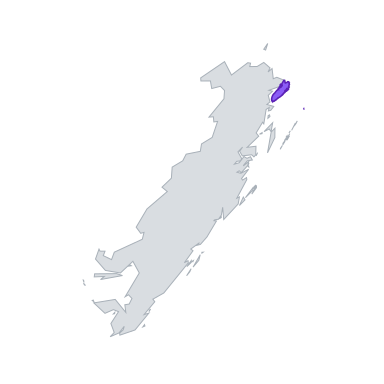 Murmansk on a map of Russia (Robinson projection), rotated 122°
{"feature_id": "RUS-2333", "entity_name": "Murmansk", "entity_type": "Region", "adm_level": 1, "iso_a3": "RUS", "parent_name": "Russia", "parent_adm1": "", "projection": "robinson", "projection_center": [34.347, 73.115], "detail": "fine", "context": "in_parent", "style": "filled", "palette": "violet", "viewbox_px": 384, "rotation_deg": 122, "n_neighbors": 0, "source": "natural_earth", "source_scale": "10m", "svg_char_len": 7414}
<svg xmlns="http://www.w3.org/2000/svg" viewBox="0 0 384 384"><g transform="rotate(122 192 192)"><path d="M300.0,238.3L289.7,240.6L290.9,238.7L288.3,234.4L293.0,233.5L292.0,224.4L284.2,226.0L258.4,209.1L251.7,211.3L254.2,213.6L251.4,220.7L230.2,221.2L204.7,213.2L203.8,220.0L191.2,216.8L181.4,222.0L170.5,216.4L163.0,217.0L153.1,206.5L146.2,209.4L135.0,203.8L118.6,207.7L121.0,210.6L116.9,213.7L119.5,217.3L96.0,214.3L88.7,218.2L87.3,223.9L93.8,230.1L88.1,235.2L93.1,243.3L90.6,245.1L64.2,233.5L71.9,220.5L52.8,213.2L51.7,210.6L55.0,209.5L51.1,203.3L44.1,199.8L45.4,191.6L49.9,191.1L44.9,189.5L52.9,183.1L49.8,180.9L48.3,172.6L50.2,170.6L47.3,167.5L54.2,164.7L71.6,170.5L67.3,174.7L59.0,173.5L55.9,172.1L53.9,171.9L65.0,180.7L63.8,177.1L69.6,178.6L74.3,173.6L78.1,174.9L76.1,168.0L81.0,168.5L82.8,170.2L79.4,171.3L82.7,172.9L96.2,167.2L95.4,169.1L107.9,168.9L109.3,165.0L124.9,168.9L119.3,162.0L126.8,157.6L129.4,158.1L128.8,161.1L134.7,168.5L132.2,173.2L127.1,172.9L133.6,174.3L137.3,167.6L139.8,167.3L142.3,170.3L145.9,170.8L142.2,167.5L134.4,166.7L134.3,163.2L131.1,161.1L132.9,157.8L136.2,161.6L141.4,162.4L142.7,162.3L136.1,160.0L140.2,158.8L149.5,160.5L149.0,163.2L151.4,164.4L150.3,160.5L142.7,156.0L154.4,157.1L155.1,155.4L150.9,153.4L152.4,152.1L173.5,150.7L171.0,149.2L177.7,146.5L198.5,150.5L188.7,157.9L195.9,154.9L201.1,155.1L203.3,157.8L204.0,158.2L204.7,158.2L203.6,155.9L222.3,155.5L232.0,157.1L234.6,159.6L231.0,158.8L241.0,162.8L241.3,160.0L256.0,161.0L252.3,159.0L254.0,157.6L292.6,162.4L303.6,168.4L304.8,165.4L321.4,167.7L317.5,164.4L339.2,167.2L351.6,177.3L350.0,178.6L345.3,177.3L341.8,178.3L350.2,179.2L358.1,184.7L352.4,183.5L346.5,191.1L332.4,190.9L333.4,196.3L341.0,201.5L338.1,216.5L323.8,200.2L329.2,184.3L323.2,189.2L320.3,185.9L314.1,186.5L312.8,191.4L316.2,193.2L288.6,193.8L282.1,205.4L298.6,209.8L304.4,223.9L300.0,238.3ZM118.8,148.7L99.3,156.6L93.9,155.5L101.9,150.6L118.8,148.7ZM299.7,206.7L314.7,223.2L310.1,221.6L315.8,229.9L313.0,231.2L301.2,212.7L299.7,206.7ZM90.5,160.3L99.0,156.9L97.6,159.9L102.6,162.9L90.5,160.3ZM240.8,151.8L246.4,150.0L255.1,151.3L240.8,151.8ZM158.3,141.3L168.5,143.7L156.2,142.6L158.3,141.3ZM154.2,139.6L162.1,140.2L152.3,140.8L154.2,139.6ZM170.6,142.9L178.3,144.6L169.1,145.8L170.6,142.9ZM257.5,152.1L260.9,151.6L265.9,152.2L257.5,152.1ZM25.9,206.5L32.6,204.8L32.9,206.8L25.9,206.5ZM82.8,140.5L86.9,140.2L78.8,140.9L82.8,140.5ZM252.0,155.3L258.0,156.8L250.5,156.3L252.0,155.3ZM89.3,166.7L86.8,167.9L85.5,167.1L86.7,165.9L89.3,166.7ZM90.7,140.0L94.5,139.7L96.6,140.0L90.7,140.0ZM103.9,140.0L102.4,140.7L99.4,140.4L99.9,140.0L103.9,140.0ZM107.8,140.1L104.5,140.0L109.1,139.8L107.8,140.1ZM105.4,163.5L107.2,165.4L104.5,164.0L105.4,163.5ZM156.7,141.6L154.3,142.1L152.1,141.5L156.7,141.6ZM92.7,139.1L97.7,138.9L96.0,139.4L92.7,139.1ZM332.5,162.2L329.6,162.0L330.6,160.9L332.5,162.2ZM78.9,140.1L82.0,140.3L75.9,140.4L78.9,140.1ZM126.8,156.9L123.8,157.2L126.8,156.8L126.8,156.9ZM198.2,153.6L200.3,154.7L197.5,154.1L198.2,153.6ZM316.3,165.0L314.8,165.5L313.2,165.1L316.3,165.0ZM98.1,140.9L95.7,140.6L99.5,140.8L98.1,140.9ZM97.0,139.5L98.6,140.0L95.7,139.6L97.0,139.5ZM327.7,232.8L327.8,234.0L326.8,235.7L327.7,232.8ZM94.2,140.8L95.9,141.3L93.8,141.2L94.2,140.8ZM139.9,158.6L137.8,159.1L137.3,159.0L139.9,158.6ZM337.1,194.1L334.9,193.7L336.2,193.1L337.1,194.1ZM250.7,154.3L250.6,155.1L249.4,154.5L250.7,154.3ZM286.7,204.4L288.0,205.9L286.7,205.5L286.7,204.4ZM337.0,217.1L336.9,219.1L336.0,218.5L337.0,217.1ZM90.7,141.0L88.7,141.1L88.0,141.0L90.7,141.0ZM140.7,157.1L140.5,158.0L140.0,157.7L140.7,157.1ZM238.6,151.2L237.9,151.7L237.1,150.6L238.6,151.2ZM324.2,237.2L326.0,235.6L324.3,237.6L324.2,237.2Z" fill="#d9dde1" stroke="#a8b0b8" stroke-width="1"/><path d="M47.3,167.5L47.2,167.5L47.3,167.5L47.8,167.3L48.1,167.2L48.3,167.1L48.6,167.1L48.9,166.9L49.0,166.7L49.1,166.4L49.6,166.4L49.9,166.3L50.3,166.3L50.6,166.1L50.7,165.9L50.8,165.8L50.8,165.6L50.6,165.6L50.8,165.6L51.3,165.8L51.8,165.9L52.0,165.8L52.1,165.7L52.1,165.4L52.0,165.2L52.4,165.2L52.6,165.2L52.7,165.3L52.8,165.2L53.1,165.4L53.0,165.5L52.9,165.6L53.0,165.6L53.2,165.4L53.3,165.4L53.8,165.4L53.6,165.3L53.7,165.2L53.9,165.0L54.1,165.1L54.3,165.2L54.2,165.0L54.2,164.9L54.1,164.7L54.3,164.7L54.7,164.9L54.9,164.9L55.1,165.0L55.4,165.2L55.6,165.2L56.0,165.2L56.2,165.3L56.3,165.3L56.3,165.5L56.2,165.6L55.9,165.7L55.0,165.5L54.9,165.6L54.5,165.5L54.5,165.4L54.4,165.3L54.4,165.5L54.1,165.5L54.3,165.6L54.2,165.7L54.2,165.8L54.3,165.7L54.5,165.7L55.0,165.7L55.0,165.8L54.9,165.8L55.2,165.9L54.9,166.0L54.6,166.1L55.0,166.0L55.1,165.9L55.3,166.0L55.5,165.9L55.9,166.0L55.7,166.1L55.9,166.0L56.3,166.0L55.8,166.3L55.7,166.4L55.8,166.4L56.0,166.2L56.7,166.0L56.8,166.1L57.0,166.1L56.9,166.2L57.1,166.2L56.8,166.4L56.6,166.5L57.0,166.5L56.7,166.6L56.9,166.6L57.1,166.6L56.7,166.9L56.2,167.0L56.1,167.3L56.2,167.1L56.3,167.0L56.5,167.0L56.9,166.9L57.0,166.8L57.2,166.7L57.2,166.4L57.3,166.4L57.5,166.3L57.8,166.4L57.7,166.3L58.8,166.4L58.8,166.5L59.2,166.5L59.3,166.6L59.9,166.6L60.0,166.6L60.3,166.7L60.2,166.5L60.3,166.5L60.6,166.5L61.8,166.7L62.0,166.9L62.3,166.9L62.4,167.0L62.5,167.1L62.9,167.1L63.3,167.3L63.5,167.3L63.8,167.5L64.2,167.6L64.3,167.7L64.5,167.7L64.7,167.9L65.1,167.9L65.6,168.2L65.8,168.4L65.9,168.5L66.1,168.5L66.4,168.6L66.5,168.7L66.5,168.9L67.2,169.0L67.3,169.0L66.8,168.8L67.0,168.8L66.9,168.8L67.0,168.8L67.3,168.9L67.6,169.0L67.8,169.1L68.2,169.3L68.4,169.4L68.8,169.6L69.2,169.7L69.4,169.7L69.1,169.3L69.3,169.4L69.5,169.5L69.8,169.8L70.0,169.9L70.3,170.0L70.5,170.1L70.3,170.2L70.5,170.3L70.8,170.4L71.0,170.3L71.3,170.5L71.5,170.5L71.8,170.7L71.8,170.8L71.7,170.9L71.7,171.0L71.9,171.2L72.0,171.3L72.0,171.6L72.2,171.8L72.4,171.7L72.4,171.8L72.5,171.8L72.4,171.9L72.5,172.0L72.4,172.1L72.5,172.2L72.5,172.3L72.4,172.4L72.4,172.5L72.2,172.8L71.7,173.2L71.3,173.4L71.3,173.5L71.1,173.6L71.0,173.8L70.9,173.8L70.5,173.9L70.2,174.1L69.3,174.4L68.9,174.5L68.6,174.6L68.1,174.7L67.9,174.6L67.1,174.8L65.8,174.7L65.6,174.6L65.3,174.6L65.0,174.6L64.8,174.4L64.5,174.3L63.7,174.2L63.2,174.2L62.8,174.2L62.5,174.1L61.5,174.0L61.3,173.9L61.1,173.9L60.7,173.8L60.6,173.7L60.3,173.7L59.8,173.4L59.6,173.3L59.1,173.5L58.9,173.5L58.7,173.3L58.8,173.3L59.0,173.3L59.0,173.2L58.9,173.3L58.4,173.2L58.2,173.2L58.3,173.1L58.3,172.9L58.2,173.1L57.9,173.2L57.7,173.1L57.4,172.9L57.2,172.8L57.3,173.0L57.1,172.9L57.2,173.0L57.0,172.9L57.1,173.1L56.2,172.7L55.7,172.4L55.6,172.2L56.0,172.1L55.9,172.1L55.6,172.1L55.3,172.0L55.0,172.0L54.8,171.9L54.2,172.0L53.9,171.9L53.8,172.0L54.3,172.0L54.5,172.0L54.8,172.2L54.6,172.2L54.9,172.2L55.1,172.3L55.1,172.5L54.8,172.5L55.0,172.5L54.9,172.6L55.1,172.7L55.4,172.8L55.8,172.9L55.9,173.0L55.6,173.0L56.0,173.1L56.4,173.1L56.6,173.2L56.7,173.3L56.3,173.2L56.3,173.3L56.2,173.4L55.9,173.4L55.2,173.4L55.2,173.5L54.8,173.7L54.7,174.0L53.8,174.0L53.7,174.0L53.7,173.9L53.7,173.7L53.4,173.5L53.3,173.4L53.2,173.3L53.2,173.2L52.2,173.2L48.8,173.3L48.8,173.2L48.3,172.8L48.2,172.6L48.4,172.4L49.0,171.8L49.2,171.7L50.0,171.0L50.1,170.9L50.1,170.6L49.5,170.2L48.9,169.6L47.7,169.3L47.3,168.5L47.3,168.4L47.8,167.9L48.0,167.6L47.9,167.6L47.3,167.5ZM58.0,166.2L58.4,166.2L58.8,166.3L58.1,166.3L58.0,166.2ZM56.1,173.4L56.4,173.4L56.5,173.4L56.9,173.4L56.9,173.5L57.1,173.5L56.4,173.4L56.3,173.5L56.1,173.4ZM62.4,141.2L62.5,141.1L62.8,141.2L62.7,141.2L62.4,141.2ZM54.8,172.0L54.7,172.0L54.8,172.0Z" fill="#8b5cf6" stroke="#5b21b6" stroke-width="1.5"/></g></svg>